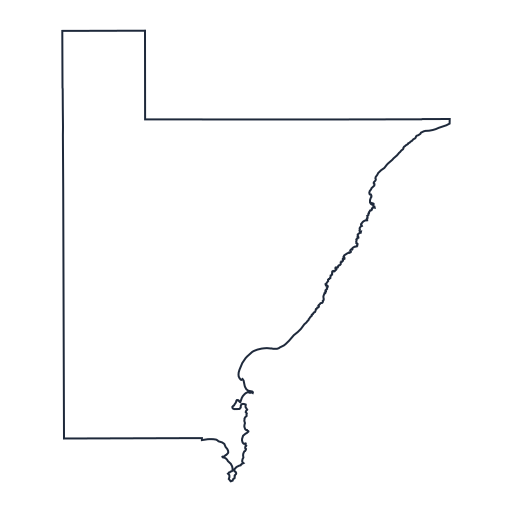 outline of Tumby Bay, South Australia, Australia
{"feature_id": "25037944B80191544000233", "entity_name": "Tumby Bay", "entity_type": "district", "adm_level": 2, "iso_a3": "AUS", "parent_name": "Australia", "parent_adm1": "South Australia", "projection": "albers", "projection_center": [136.189, -34.197], "detail": "fine", "context": "isolated", "style": "outline", "palette": "slate", "viewbox_px": 512, "rotation_deg": 0, "n_neighbors": 0, "source": "geoboundaries", "source_scale": "gbopen_adm2", "svg_char_len": 6090}
<svg xmlns="http://www.w3.org/2000/svg" viewBox="0 0 512 512"><path d="M145.0,30.7L62.3,30.9L62.5,87.6L62.7,89.0L62.8,107.7L63.0,127.4L62.9,135.1L63.2,187.4L64.0,438.5L201.9,438.1L201.9,440.1L207.8,439.2L210.4,439.1L213.4,439.2L216.1,439.6L217.4,440.3L218.5,441.3L222.1,442.4L224.3,443.9L225.6,447.0L227.2,448.9L228.1,450.8L228.2,452.1L228.2,452.7L227.8,453.3L226.3,454.9L225.6,455.1L224.2,456.5L222.6,456.6L222.4,456.8L222.9,457.4L224.5,457.7L225.8,458.4L227.1,459.7L227.9,461.1L230.8,463.8L232.1,466.3L232.6,468.7L232.5,470.1L232.3,470.8L231.7,471.3L230.5,471.6L229.7,472.4L228.8,472.6L228.5,473.3L228.0,473.7L229.2,474.9L229.4,475.6L229.4,477.3L229.1,477.9L228.8,479.0L229.2,479.3L230.1,480.7L230.5,480.8L230.8,481.3L231.4,481.1L232.6,480.6L232.6,480.2L233.0,479.7L233.4,478.8L234.5,478.3L234.7,477.3L234.6,476.5L234.9,475.9L234.7,475.4L236.1,473.9L236.2,473.2L235.9,472.3L235.3,471.7L234.7,471.5L234.4,471.1L234.4,469.6L234.8,468.8L236.5,467.0L239.3,465.6L240.5,465.4L240.8,464.8L241.3,464.6L241.6,464.0L243.5,463.1L242.5,462.2L242.2,461.5L242.2,460.7L242.6,459.0L243.4,457.6L243.1,455.6L243.2,454.0L243.7,452.6L244.3,451.4L245.1,451.0L245.9,449.6L246.0,449.0L245.3,448.5L245.2,447.4L245.4,446.5L246.0,446.1L246.2,445.8L245.7,445.4L245.5,444.8L245.8,443.8L245.6,443.4L243.9,443.8L243.3,443.4L242.6,442.5L242.0,440.4L242.1,438.8L243.1,435.7L245.6,433.6L246.7,433.1L248.4,431.6L248.3,431.1L247.4,430.7L247.0,430.0L246.2,430.0L245.3,429.3L244.6,427.6L244.3,426.2L244.6,424.2L244.9,423.6L244.9,422.8L244.3,420.9L244.5,419.6L244.5,418.5L245.3,417.1L246.6,416.0L246.6,415.1L246.5,414.3L246.8,413.4L245.7,412.1L246.1,410.9L247.2,409.7L245.6,407.2L245.5,406.0L245.8,404.9L245.7,404.5L244.0,404.0L242.8,403.9L241.9,404.1L240.9,405.3L240.7,406.1L240.8,407.0L240.6,407.7L240.0,408.2L239.8,408.7L239.2,409.0L234.2,409.1L232.9,408.5L232.6,408.1L232.3,407.0L233.3,405.8L234.1,405.4L234.4,404.6L235.7,402.8L236.2,401.6L236.3,400.9L236.8,400.1L237.3,400.0L238.6,400.8L238.6,400.5L238.0,399.6L239.7,401.9L240.3,402.2L241.8,397.9L242.8,396.1L244.3,394.4L245.5,393.3L247.2,392.4L248.5,392.2L248.9,392.3L249.3,392.7L250.2,392.8L251.9,392.5L252.7,393.0L252.9,392.4L252.8,392.1L252.2,391.5L248.2,390.7L246.3,389.2L245.1,387.0L244.7,385.9L243.6,380.6L242.5,379.0L241.4,379.9L240.8,379.7L239.6,378.3L238.7,376.5L238.5,374.6L238.7,372.4L239.5,369.7L242.3,363.0L245.6,358.1L247.2,356.4L252.0,352.1L253.4,351.2L254.8,350.6L257.4,349.6L261.6,348.6L264.2,348.3L266.9,348.1L270.9,348.5L271.2,348.4L273.2,348.8L277.0,348.8L278.8,348.2L279.7,347.5L283.8,345.5L285.6,344.1L289.0,340.8L293.8,335.2L297.8,332.0L301.0,328.8L304.3,324.3L306.4,322.5L307.4,321.1L308.4,320.3L308.7,319.2L309.4,318.6L309.9,317.5L311.8,315.7L311.6,315.1L311.9,314.6L312.9,314.1L313.1,313.4L313.6,313.1L314.1,312.3L315.0,312.0L315.7,310.4L315.8,309.4L315.9,309.1L316.6,308.9L317.4,307.5L318.1,307.5L318.8,306.9L318.9,306.2L318.4,305.6L318.9,304.9L319.9,304.1L320.5,303.2L322.3,302.8L322.9,301.8L322.8,300.9L323.2,300.7L323.5,300.3L323.5,299.8L323.8,299.1L323.5,298.0L323.4,296.3L324.2,294.0L325.0,293.4L324.7,293.0L325.4,292.5L325.6,292.0L326.0,291.6L326.0,291.4L325.4,291.0L325.7,290.6L325.6,290.2L326.1,289.7L326.6,289.5L327.1,288.9L326.8,288.0L327.5,287.4L327.8,286.3L327.6,285.9L327.3,285.7L327.0,285.9L326.2,285.8L325.8,285.2L325.5,284.1L326.1,283.7L326.0,284.9L326.3,285.5L326.2,284.3L326.7,282.8L328.2,281.0L328.0,279.8L328.7,279.0L329.3,279.0L329.7,278.4L330.3,278.1L330.2,277.4L330.6,276.8L330.6,275.5L331.5,275.1L331.8,274.6L332.1,274.5L332.0,273.6L332.4,272.7L332.1,272.2L332.3,271.4L333.2,270.9L333.7,271.0L334.2,271.4L334.7,271.2L335.4,270.1L336.1,269.8L336.4,269.3L336.1,268.8L335.8,269.0L335.4,268.5L335.4,267.9L335.6,267.5L336.1,267.3L337.1,267.7L337.6,267.6L338.0,267.0L338.0,266.4L338.4,266.1L338.5,265.6L338.9,265.3L339.9,265.1L340.7,264.2L340.7,262.4L341.4,262.2L341.4,261.5L342.3,261.4L343.0,260.7L343.1,260.2L342.7,259.1L342.9,258.6L343.4,258.5L343.9,259.0L344.3,258.9L344.2,258.2L344.5,258.0L344.3,257.4L343.8,257.3L343.5,256.8L344.3,255.3L347.4,253.3L348.2,253.0L348.6,252.6L349.2,252.9L349.7,252.8L350.0,252.4L350.7,252.2L350.9,251.8L350.3,251.2L350.2,250.5L350.8,249.6L351.5,249.3L351.8,249.6L352.2,249.6L352.4,249.3L352.1,248.6L352.8,247.8L354.6,246.7L355.6,246.7L356.3,246.3L356.8,246.4L357.2,245.9L356.9,245.5L357.4,244.8L357.6,244.0L357.4,243.8L357.1,243.8L357.0,243.4L356.3,243.1L356.4,242.0L356.2,241.6L356.6,240.2L356.3,239.6L356.6,239.0L357.7,238.4L357.8,237.6L358.4,237.5L358.3,237.0L357.9,237.2L357.5,237.0L357.6,236.3L357.8,235.4L357.7,234.5L359.6,232.9L360.7,232.8L361.0,231.5L360.3,231.6L359.9,231.4L359.5,230.8L359.5,230.2L359.9,229.4L359.6,228.4L359.9,227.6L361.1,226.1L361.9,225.9L361.6,225.2L361.1,225.0L361.0,224.2L362.8,221.9L363.7,221.2L365.6,220.3L366.4,220.4L367.2,220.3L367.2,219.9L366.7,219.5L366.7,219.0L367.1,218.0L367.6,217.8L367.4,216.8L367.6,216.2L367.3,215.8L368.5,214.9L368.4,213.5L369.0,213.2L369.1,212.7L369.0,212.2L369.8,211.2L369.9,210.7L370.3,210.3L371.0,210.4L371.5,210.2L372.0,209.2L371.9,208.4L372.5,208.1L373.2,207.5L374.7,207.7L374.4,206.5L373.4,206.3L373.2,206.0L373.2,205.1L373.7,204.0L373.4,203.6L373.1,203.5L373.3,203.8L373.2,203.9L371.8,204.5L370.9,203.9L370.0,202.4L370.0,200.1L370.7,198.0L371.4,196.9L371.2,196.3L371.4,196.1L371.4,195.6L370.9,194.5L369.8,194.4L369.5,193.9L369.3,192.6L369.8,190.9L371.0,189.5L371.5,188.2L374.3,185.6L374.5,184.1L373.8,183.6L373.7,182.9L373.9,182.7L373.9,182.2L375.3,180.7L375.8,179.7L375.7,178.8L375.4,178.3L375.7,177.0L377.3,174.8L378.2,173.0L381.1,170.2L384.3,168.0L386.7,164.9L387.9,163.6L392.3,159.8L393.5,158.4L397.4,155.0L397.6,154.5L398.4,153.8L398.9,153.0L400.1,152.0L401.3,150.5L402.9,149.3L403.4,148.5L403.4,147.8L404.1,146.7L405.2,146.0L405.7,145.4L407.9,144.1L408.1,143.4L409.7,142.6L410.6,141.6L411.9,140.9L413.3,139.3L415.0,138.4L415.7,137.6L416.0,136.5L416.6,135.8L418.3,135.2L420.4,133.8L420.9,132.7L423.8,131.3L425.4,130.9L429.1,130.7L432.8,130.0L435.8,129.1L438.8,127.8L446.3,125.3L449.6,123.6L449.7,119.0L422.1,119.1L421.7,119.3L312.3,119.5L145.1,119.4L145.0,30.7Z" fill="none" stroke="#1e293b" stroke-width="2"/></svg>